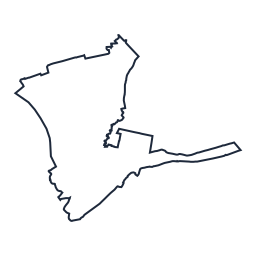 Maruntei, Olt, Romania
{"feature_id": "2599482B42187195394507", "entity_name": "Maruntei", "entity_type": "district", "adm_level": 2, "iso_a3": "ROU", "parent_name": "Romania", "parent_adm1": "Olt", "projection": "orthographic", "projection_center": [24.493, 44.238], "detail": "fine", "context": "isolated", "style": "outline", "palette": "slate", "viewbox_px": 256, "rotation_deg": 0, "n_neighbors": 0, "source": "geoboundaries", "source_scale": "gbopen_adm2", "svg_char_len": 5670}
<svg xmlns="http://www.w3.org/2000/svg" viewBox="0 0 256 256"><path d="M240.6,150.1L234.1,142.5L231.5,143.3L230.0,143.6L224.4,145.3L222.5,145.5L221.6,146.0L218.5,146.9L216.0,147.7L210.5,149.2L207.8,150.0L204.9,150.7L198.9,152.5L197.3,152.7L195.2,153.6L191.5,154.9L188.7,155.4L187.0,155.6L186.4,155.5L182.2,154.4L180.0,154.0L179.2,154.0L178.3,154.4L177.6,154.6L176.3,154.6L172.4,153.7L171.1,153.5L169.5,153.2L168.6,153.1L167.4,152.7L166.3,152.2L165.5,151.2L165.1,150.8L163.9,150.3L161.9,149.6L160.7,149.8L159.1,150.4L158.9,150.4L157.4,150.9L156.0,151.1L155.4,151.1L149.9,152.6L151.5,142.8L152.5,136.0L141.8,133.8L139.9,133.3L139.4,133.1L139.1,133.1L134.6,132.2L119.1,128.8L118.9,129.3L116.9,133.1L120.6,133.9L120.1,136.7L119.9,137.5L119.7,139.0L119.4,140.5L119.3,140.8L118.9,141.1L118.9,141.7L118.2,144.7L117.7,147.3L115.6,147.1L114.1,146.8L113.9,146.4L111.5,146.0L111.5,145.2L108.8,144.6L108.8,145.0L108.7,145.2L107.1,145.6L107.1,146.7L105.0,146.8L105.2,146.3L105.1,145.4L104.6,145.2L104.1,145.1L104.2,144.7L104.3,144.2L104.6,144.0L104.8,143.6L105.1,143.3L105.5,143.5L105.8,143.5L106.0,143.3L105.9,142.4L105.5,141.9L105.0,141.7L104.6,141.3L104.5,141.2L104.5,140.8L104.7,140.6L105.2,140.6L105.5,140.8L105.5,141.0L105.9,140.8L106.2,140.1L106.9,139.4L107.2,138.8L107.7,138.4L108.6,138.3L108.8,138.0L108.8,137.6L108.6,137.3L108.0,136.8L107.5,136.5L106.8,136.4L106.7,136.2L106.7,135.8L107.0,135.7L107.7,135.9L107.9,135.8L107.8,135.5L107.0,135.0L107.0,134.7L108.1,134.2L108.6,133.8L109.2,133.7L109.7,133.7L110.0,133.7L110.4,133.0L110.6,132.6L110.2,131.2L109.8,130.5L110.0,130.2L110.3,130.2L111.0,130.6L111.1,130.9L111.5,130.8L111.7,130.4L111.7,130.1L111.3,129.6L111.3,129.4L111.7,128.5L111.6,127.7L111.8,126.9L112.0,126.7L112.1,126.3L111.6,126.1L111.4,125.0L111.6,124.8L112.7,124.8L113.0,124.7L113.2,124.4L113.2,124.1L113.5,123.9L113.8,124.0L114.2,124.3L114.5,124.2L116.2,122.4L116.8,122.3L117.1,122.1L117.4,121.6L117.8,120.2L118.3,120.2L118.9,120.8L119.2,120.9L120.1,120.7L121.7,120.0L122.3,119.5L123.3,118.0L123.6,117.7L123.5,117.3L121.9,115.6L121.7,115.3L122.2,114.3L122.5,114.0L122.8,113.5L123.2,113.1L123.3,112.9L123.3,112.3L123.1,112.0L122.7,112.0L122.4,111.8L122.4,111.4L122.1,111.1L121.7,110.4L121.6,110.1L121.6,109.5L121.3,109.1L121.3,108.9L122.8,108.5L125.2,108.1L125.1,107.2L124.8,105.3L123.8,100.6L123.9,98.1L124.2,96.4L124.5,94.9L124.7,94.7L124.6,94.0L124.8,93.2L124.9,90.8L124.9,86.0L125.0,84.4L125.4,83.2L125.7,82.1L125.7,81.3L126.2,80.2L126.3,78.5L126.9,75.5L127.0,75.4L127.4,74.3L128.1,73.4L128.5,72.5L129.3,71.2L130.0,69.8L131.4,68.4L132.8,66.4L133.5,64.9L134.1,63.0L134.8,61.4L135.1,60.3L138.6,56.4L127.1,44.2L125.9,42.8L125.8,42.5L125.7,42.2L126.2,40.9L126.2,40.5L126.2,40.2L125.9,40.1L124.6,40.7L124.4,40.8L124.0,40.7L118.7,35.1L118.4,35.2L118.7,35.8L118.8,36.6L118.7,37.5L118.6,38.0L117.4,39.1L117.0,39.3L116.3,39.5L115.9,39.9L115.2,40.7L114.8,41.0L116.2,42.8L117.3,42.2L117.2,42.3L116.3,42.9L116.6,43.3L115.2,43.5L112.9,43.5L111.7,43.5L111.2,43.6L111.3,43.9L112.0,44.3L111.9,44.6L111.6,44.6L111.4,44.8L111.8,45.2L111.8,45.3L111.5,45.4L111.5,45.7L111.7,46.3L112.0,46.6L111.8,46.7L111.4,46.8L111.2,47.3L111.0,47.7L110.3,46.8L106.6,47.0L106.5,48.4L106.8,49.2L107.6,50.0L108.1,50.1L108.8,50.0L109.3,52.8L109.1,53.1L108.3,53.8L104.6,54.6L85.4,58.6L84.2,55.2L83.6,55.5L83.3,55.7L83.1,55.7L77.4,57.1L76.3,57.5L75.6,57.4L74.6,57.6L62.2,61.2L53.3,63.4L50.3,64.4L49.5,64.9L48.6,65.1L48.2,65.2L47.8,65.6L47.0,66.9L48.4,72.6L41.2,75.3L40.4,73.7L29.1,77.7L28.5,77.7L25.1,78.9L24.9,78.3L24.7,78.2L22.8,79.1L22.3,79.2L22.0,79.2L21.6,79.3L20.7,79.7L20.6,79.9L20.6,80.1L20.2,81.1L20.3,81.2L20.8,81.7L21.3,82.6L22.9,84.7L23.6,86.4L15.4,93.2L28.5,102.3L34.8,109.6L40.6,118.3L46.5,128.7L49.7,138.1L50.2,142.5L50.9,156.3L56.0,166.6L52.1,169.0L50.8,170.1L49.0,170.7L48.7,171.0L48.7,171.3L49.1,171.8L49.4,172.2L50.0,172.6L50.4,173.1L51.0,173.4L51.2,173.8L51.2,174.4L50.3,175.7L49.9,176.7L49.8,177.5L49.9,179.1L50.1,178.9L50.3,179.4L50.5,180.3L50.7,181.2L50.7,181.4L50.8,181.9L51.2,182.5L51.7,183.2L52.2,183.5L52.8,183.7L53.2,183.8L53.9,183.7L54.5,183.8L54.8,183.9L55.1,185.2L55.3,185.6L55.8,187.4L57.0,189.5L57.5,190.1L58.0,190.5L58.6,190.8L59.8,191.1L60.8,191.2L62.0,192.4L62.3,192.6L60.9,194.5L59.9,195.7L58.3,197.1L58.4,197.3L60.3,199.9L60.9,199.1L61.5,198.9L66.1,198.1L68.7,198.2L69.2,198.1L69.9,197.7L69.7,198.6L69.1,199.7L68.5,201.6L67.9,202.7L65.7,205.4L64.6,207.0L64.1,208.2L63.8,209.1L63.9,209.7L66.2,212.1L67.0,212.7L69.2,213.6L68.7,217.3L68.8,218.2L69.1,219.1L69.8,219.7L70.3,220.3L71.3,220.9L72.0,220.9L72.7,220.6L80.1,219.2L80.6,218.3L81.1,217.9L81.6,217.5L83.1,216.7L83.9,215.5L84.4,214.9L84.6,214.7L99.7,203.7L101.9,201.5L104.9,198.6L107.5,196.0L110.6,193.0L111.9,191.9L112.0,191.8L114.5,189.7L116.6,187.2L117.5,186.3L117.8,186.3L119.2,186.9L121.4,187.1L122.4,185.6L123.5,183.4L123.6,182.9L123.6,182.5L123.6,182.2L123.3,182.2L124.4,180.0L125.2,179.3L125.6,178.6L125.9,178.2L127.4,177.0L127.7,176.7L127.6,176.3L127.7,175.9L129.6,174.1L131.1,172.9L132.0,172.6L133.6,172.4L135.0,173.0L135.3,173.2L135.4,173.9L135.3,174.2L135.5,174.5L137.3,175.8L138.1,175.0L138.9,173.6L139.0,172.8L140.0,169.6L140.4,168.8L140.9,168.5L142.3,168.0L144.5,167.7L146.6,167.1L146.8,167.1L148.6,166.8L149.2,166.8L149.5,166.6L151.1,166.9L152.3,166.9L153.7,166.2L154.3,166.2L158.4,165.3L163.6,163.3L164.8,162.9L170.1,161.8L171.8,161.3L172.9,161.1L175.1,161.2L176.4,161.4L176.7,161.4L177.1,161.0L178.0,161.5L178.8,161.2L180.1,161.1L189.2,161.6L190.8,161.8L193.0,161.8L193.4,161.8L195.4,161.6L197.2,161.6L212.8,158.5L221.6,156.5L224.2,155.8L224.7,155.6L225.2,155.1L225.3,155.0L225.8,154.8L226.5,155.1L227.3,154.9L238.4,150.8L240.6,150.1Z" fill="none" stroke="#1e293b" stroke-width="2"/></svg>